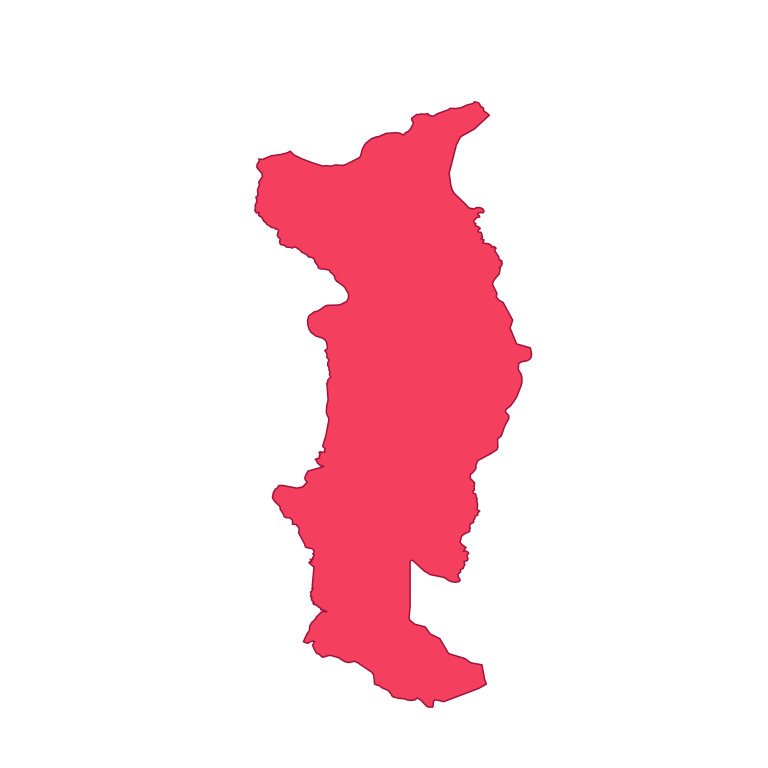 Anouvong, Vientiane, Laos (Natural Earth projection), rotated 287°
{"feature_id": "54806243B81229078685154", "entity_name": "Anouvong", "entity_type": "district", "adm_level": 2, "iso_a3": "LAO", "parent_name": "Laos", "parent_adm1": "Vientiane", "projection": "natural_earth1", "projection_center": [103.023, 18.902], "detail": "fine", "context": "isolated", "style": "filled", "palette": "rose", "viewbox_px": 768, "rotation_deg": 287, "n_neighbors": 0, "source": "geoboundaries", "source_scale": "gbopen_adm2", "svg_char_len": 6147}
<svg xmlns="http://www.w3.org/2000/svg" viewBox="0 0 768 768"><g transform="rotate(287 384 384)"><path d="M114.0,382.3L113.7,383.8L113.8,387.2L115.2,388.0L116.6,389.9L117.5,392.1L117.3,392.8L113.3,392.1L110.6,394.3L107.2,397.7L106.6,398.9L106.7,400.8L104.8,404.7L105.0,405.8L108.4,410.8L108.9,413.4L109.0,420.2L107.1,427.4L107.1,429.2L107.2,431.2L110.2,437.0L109.9,439.9L104.6,457.1L102.4,459.4L94.3,462.7L94.0,465.3L94.3,467.3L92.8,471.2L92.4,476.5L91.6,478.6L89.3,481.9L87.9,482.9L87.4,484.6L87.8,490.7L88.9,495.3L88.7,499.3L89.2,501.8L90.8,505.8L93.4,507.6L92.4,511.9L88.4,518.7L88.1,521.3L89.1,524.7L90.1,525.1L94.9,524.1L96.8,525.1L97.2,526.4L97.7,534.0L120.6,563.6L126.9,569.6L131.3,566.4L144.1,559.7L142.9,550.1L143.1,547.5L145.1,541.7L145.1,524.6L156.8,511.8L158.5,501.3L163.7,494.4L163.3,483.7L165.2,478.7L166.4,477.1L168.2,476.2L178.9,474.0L221.7,460.9L222.7,461.0L223.5,461.8L223.6,463.1L217.0,477.1L215.2,483.8L216.6,497.8L214.8,504.5L214.8,507.3L215.3,510.2L216.6,512.8L217.3,513.8L218.6,514.1L219.7,513.5L220.9,511.6L223.9,510.4L226.7,512.3L228.2,511.2L231.1,513.7L233.0,513.6L234.6,514.2L237.7,512.4L239.6,515.4L241.8,515.3L243.9,513.5L244.9,513.5L246.6,514.6L247.5,513.9L248.3,511.7L247.6,509.0L251.7,510.1L252.9,506.3L254.7,503.1L259.1,502.7L261.0,502.7L263.1,503.8L268.2,509.1L269.7,508.3L271.3,508.7L272.4,507.5L275.5,507.5L277.4,509.7L278.5,510.1L280.0,509.4L281.7,510.2L284.2,509.9L286.1,512.0L288.1,511.4L290.4,512.6L291.0,510.3L291.6,509.5L296.0,508.8L298.3,507.4L302.0,506.3L302.9,505.0L305.5,504.0L305.8,501.5L306.9,500.6L307.7,500.3L309.1,501.5L311.6,500.3L315.9,499.6L318.9,494.2L322.8,493.0L325.0,494.7L329.1,496.4L331.0,496.5L333.0,495.5L338.3,496.2L348.7,506.6L354.3,511.2L356.8,511.4L364.4,508.7L369.0,511.4L378.9,511.7L387.7,513.5L390.5,512.3L392.7,508.4L395.2,508.0L400.2,511.4L405.2,513.2L410.8,514.7L422.4,515.6L426.4,515.3L430.9,513.8L433.6,512.1L437.0,508.3L442.8,506.8L445.2,508.6L448.2,514.2L450.3,516.1L452.0,516.8L455.9,516.4L461.3,513.4L461.1,499.1L474.4,488.2L482.7,488.4L496.7,474.2L497.8,469.4L500.2,465.8L503.5,465.6L510.7,459.0L512.2,458.3L516.5,459.2L523.0,462.0L528.3,461.3L529.2,460.3L530.2,461.3L532.6,461.9L533.9,461.9L534.7,460.4L536.0,460.9L537.0,457.4L539.3,456.5L543.3,451.5L545.5,450.5L546.6,451.4L547.4,450.2L547.5,448.6L546.5,447.9L546.4,447.1L547.1,446.3L547.8,446.3L548.7,443.2L547.9,438.3L548.2,437.1L550.9,437.6L551.4,434.4L553.0,435.3L556.8,433.1L557.4,432.3L556.9,429.8L557.7,429.0L558.8,429.2L560.3,430.5L561.1,430.3L561.9,428.3L562.3,424.9L564.2,424.9L564.5,423.2L565.2,422.4L566.8,422.3L570.3,424.1L571.7,426.6L572.8,426.0L573.3,424.7L574.5,423.8L576.2,425.9L576.6,428.7L578.5,429.1L580.0,427.8L580.7,425.9L580.6,423.5L579.7,420.8L577.7,419.2L577.2,414.1L577.6,412.7L579.8,409.4L586.7,395.7L589.4,392.5L594.0,389.6L604.6,384.7L633.4,383.3L640.7,384.5L643.2,385.3L654.3,395.9L671.8,406.1L673.5,402.5L674.0,399.7L676.9,398.4L677.8,395.4L680.4,392.6L680.6,391.0L680.2,387.8L678.3,387.3L675.2,382.0L670.7,376.8L668.4,372.1L667.1,366.9L664.6,364.8L658.1,356.0L654.5,352.9L654.1,348.9L655.3,347.0L655.2,346.1L654.5,345.4L653.5,342.9L653.3,340.9L651.7,338.2L651.4,336.5L646.4,332.9L644.8,333.2L642.7,335.4L641.0,335.8L636.3,334.9L632.6,333.5L631.0,331.3L628.1,330.0L627.9,328.4L628.5,326.2L628.1,322.7L624.3,312.8L619.1,306.6L617.8,304.0L614.9,300.3L609.4,296.5L606.2,295.3L601.5,294.6L595.0,294.9L593.3,294.3L582.7,283.3L580.9,280.3L579.3,273.5L576.8,269.7L576.0,265.3L574.5,261.8L574.6,251.4L575.3,240.0L576.7,231.2L579.2,226.3L576.9,224.0L573.7,219.0L569.2,209.3L563.3,202.3L562.5,198.6L560.9,199.5L556.9,198.4L553.8,199.2L550.1,205.1L547.1,207.1L540.4,205.2L538.1,206.6L532.5,206.3L527.4,208.4L525.4,206.9L521.7,209.0L516.5,208.6L515.1,209.6L512.6,209.6L511.5,210.3L510.2,212.0L511.5,214.3L508.5,214.8L507.5,218.6L504.9,221.0L503.5,224.1L502.3,225.5L501.6,229.0L500.8,230.3L501.3,233.7L500.4,235.0L501.0,236.4L500.7,237.5L499.7,238.3L495.0,238.5L493.6,239.7L492.3,242.6L490.7,242.4L488.2,243.2L487.1,244.4L487.5,248.3L486.4,250.6L487.2,254.2L487.1,256.4L488.7,257.8L489.1,259.4L487.6,264.0L486.1,266.7L485.2,271.9L483.4,275.0L484.0,277.4L483.3,280.5L480.3,282.6L477.8,286.0L475.6,287.5L475.6,290.5L476.4,293.0L476.9,298.3L475.2,300.0L474.0,303.3L472.8,304.9L470.1,306.6L468.5,308.5L466.1,316.0L464.6,318.6L459.7,323.8L455.5,324.9L452.2,324.1L451.3,323.4L447.4,319.4L446.2,317.3L442.6,306.6L440.8,304.4L436.4,301.2L433.8,298.6L433.0,296.6L427.9,292.7L426.8,292.2L422.2,292.3L417.4,294.4L414.3,296.6L412.1,299.1L410.0,304.7L409.9,311.9L409.0,314.5L407.5,316.6L402.2,319.4L401.2,319.4L398.6,317.7L397.1,319.8L395.5,320.9L392.8,321.6L390.7,324.7L388.7,324.0L385.4,324.6L384.0,326.4L381.2,327.4L380.0,328.7L377.0,329.0L375.4,330.9L370.9,329.0L369.5,329.6L367.3,329.0L366.2,329.9L352.4,335.2L346.4,335.6L340.7,336.9L338.8,337.8L334.9,341.3L333.2,341.8L317.8,343.5L307.2,343.5L306.2,343.9L305.0,346.7L302.9,346.5L301.8,347.3L300.5,344.8L300.7,343.0L299.9,342.1L299.5,342.0L298.2,343.5L297.2,343.0L296.9,343.5L295.9,343.2L294.7,344.0L293.9,343.4L293.2,341.6L291.8,340.5L290.9,342.0L289.0,343.4L287.3,347.4L287.9,349.9L287.5,350.2L286.7,349.5L278.6,336.9L274.1,335.8L270.7,335.8L269.0,337.1L267.6,339.3L261.8,336.2L259.0,331.4L257.3,316.4L256.2,313.2L252.9,312.1L251.6,310.8L250.2,310.4L247.6,310.0L243.3,310.4L242.4,310.7L239.8,313.7L236.4,320.3L233.6,321.6L230.9,325.1L228.0,327.4L227.5,329.9L228.3,331.4L228.2,334.0L226.9,336.3L223.1,337.5L224.1,341.5L223.0,342.2L222.0,344.2L221.0,345.1L216.4,346.1L207.5,355.2L206.2,355.7L204.9,357.1L205.5,363.9L203.9,365.9L201.8,366.2L200.7,365.6L199.8,367.3L196.8,366.5L196.2,367.2L196.0,366.6L194.8,366.4L194.7,365.1L193.9,366.0L193.0,365.6L192.8,366.6L191.7,364.4L191.1,364.7L188.5,370.3L186.9,370.9L170.1,374.4L168.7,375.2L167.4,374.8L167.2,376.1L163.3,374.6L161.8,375.8L159.2,375.9L158.9,377.5L157.3,377.3L155.8,378.5L154.7,380.9L154.1,381.1L153.6,380.2L152.7,381.2L152.9,382.9L152.2,385.3L152.4,385.8L151.5,386.6L151.1,389.2L149.6,389.5L150.2,391.1L149.7,395.6L149.0,395.0L148.6,391.6L147.8,390.9L141.5,387.4L139.7,387.4L135.0,384.8L131.1,383.7L126.4,384.7L122.7,383.4L114.0,382.3Z" fill="#f43f5e" stroke="#9f1239" stroke-width="1.5"/></g></svg>